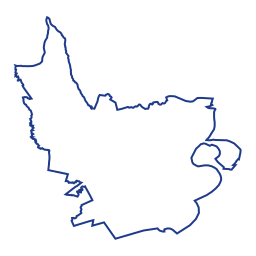 the district of Salsig, Maramures, Romania
{"feature_id": "2599482B27757238737768", "entity_name": "Salsig", "entity_type": "district", "adm_level": 2, "iso_a3": "ROU", "parent_name": "Romania", "parent_adm1": "Maramures", "projection": "equal_earth", "projection_center": [23.276, 47.532], "detail": "fine", "context": "isolated", "style": "outline", "palette": "blue", "viewbox_px": 256, "rotation_deg": 0, "n_neighbors": 0, "source": "geoboundaries", "source_scale": "gbopen_adm2", "svg_char_len": 5609}
<svg xmlns="http://www.w3.org/2000/svg" viewBox="0 0 256 256"><path d="M177.0,233.5L190.0,225.2L196.0,218.9L198.9,213.0L198.7,207.6L196.8,203.4L194.7,200.7L206.9,195.0L211.9,191.7L215.8,188.4L218.9,185.0L220.3,182.2L221.1,180.0L221.1,177.7L220.4,175.2L219.8,173.9L216.6,169.1L214.6,167.7L211.8,166.3L208.3,165.4L205.0,165.3L198.1,166.4L196.3,165.6L193.5,164.0L192.4,162.4L191.4,157.8L196.1,148.7L199.1,146.0L200.7,144.3L203.7,143.4L205.4,143.7L209.8,145.8L211.6,144.8L212.2,144.8L215.6,146.0L216.8,146.6L218.8,149.2L219.6,150.8L219.9,152.0L219.8,154.2L218.9,156.1L215.4,158.8L217.5,161.6L218.8,162.9L223.8,167.2L223.5,168.8L229.2,169.1L230.2,169.6L231.6,169.6L235.3,165.3L234.3,165.4L233.1,165.1L234.8,163.6L236.8,160.6L238.3,158.9L239.0,159.3L240.4,152.6L240.6,149.8L239.5,148.5L234.3,143.5L230.2,141.5L226.8,140.3L215.4,140.0L213.4,139.7L210.0,140.3L206.4,140.1L206.6,139.7L207.4,139.1L209.5,136.6L211.3,133.5L213.7,129.9L214.0,129.4L214.6,126.6L214.7,122.8L214.1,117.6L214.1,112.0L215.0,109.7L215.4,109.4L215.3,108.9L213.8,108.4L209.2,108.2L207.6,107.6L206.7,106.9L209.7,106.3L212.4,105.0L212.1,104.6L211.0,104.3L211.3,102.9L212.1,101.8L212.0,100.9L212.8,98.6L201.5,97.9L197.4,98.0L193.1,101.3L190.6,101.7L185.8,101.0L174.9,96.4L171.8,96.1L169.5,96.1L168.0,96.5L166.2,97.4L167.2,100.4L166.5,100.6L165.0,103.0L164.6,103.3L163.8,103.5L162.4,103.1L161.0,104.5L160.0,104.7L158.3,103.7L158.1,102.5L157.6,102.1L156.5,101.9L153.3,102.5L153.1,102.7L152.9,103.8L152.4,104.4L151.8,104.4L151.1,103.7L150.1,103.9L148.9,105.6L148.8,107.2L148.1,108.7L146.7,108.6L145.3,109.0L143.0,107.6L141.5,106.5L140.3,104.8L139.5,104.5L139.0,104.6L137.2,106.5L136.6,106.6L135.7,106.3L134.4,106.9L133.5,107.7L132.2,107.6L131.2,107.1L129.2,107.7L128.1,107.0L127.7,107.0L121.9,108.8L117.3,109.8L115.5,102.6L110.2,99.5L111.6,97.5L111.1,96.7L109.8,96.0L109.3,94.6L107.8,93.9L107.2,94.3L106.0,94.7L105.5,95.6L105.2,95.7L99.7,95.0L98.9,96.1L98.1,98.4L97.5,101.4L94.4,108.7L92.1,108.4L91.6,108.7L91.1,108.3L91.0,107.9L91.5,107.9L91.8,107.4L91.7,106.7L91.4,106.4L90.8,106.5L90.1,106.4L89.7,105.8L89.2,105.7L88.9,105.2L88.1,105.0L87.4,103.4L85.3,100.5L84.1,97.3L82.7,96.2L82.5,95.5L80.6,92.7L80.7,92.0L80.3,91.2L79.3,89.6L78.7,89.2L77.8,86.8L77.5,84.6L76.2,82.7L75.1,82.3L74.4,81.1L73.5,80.8L73.2,80.3L73.2,79.2L72.1,77.7L72.0,76.2L71.1,74.7L70.9,73.8L71.1,73.3L70.8,71.5L71.0,70.6L70.3,67.2L70.0,65.1L68.7,61.3L68.7,59.6L68.3,58.9L68.1,57.7L68.5,56.1L66.0,52.7L66.2,50.8L65.6,49.7L65.7,47.9L65.1,46.8L65.3,46.0L65.0,45.3L64.8,44.5L64.8,43.5L65.1,42.1L65.3,40.1L65.1,38.7L64.7,38.1L63.5,37.5L63.0,36.3L62.3,35.7L61.9,35.1L62.0,34.9L60.6,32.6L59.4,31.8L58.4,31.4L56.7,29.7L55.0,26.9L53.1,26.0L51.2,24.4L50.6,23.4L49.4,18.9L48.2,17.8L47.1,17.3L46.4,19.4L46.3,20.8L47.1,24.1L48.1,25.4L48.6,27.8L48.6,28.6L48.0,31.7L48.0,33.0L47.2,36.3L47.2,37.5L45.2,40.8L44.5,42.7L43.8,47.3L43.9,48.5L44.7,51.8L44.7,52.9L42.7,56.7L42.3,58.3L42.2,60.9L41.8,61.7L39.8,63.6L34.7,65.5L32.6,66.0L28.8,66.2L22.1,66.1L21.4,65.8L17.2,66.0L15.5,65.5L15.8,66.1L15.4,67.4L15.5,69.2L15.9,69.5L15.5,69.9L15.9,70.4L15.7,71.6L15.4,72.4L16.3,73.4L16.7,73.5L16.2,74.4L16.0,74.5L15.7,74.2L15.4,74.4L15.4,76.0L15.7,75.8L16.2,76.0L16.2,76.3L16.6,76.5L16.9,77.0L17.2,77.1L17.4,76.5L18.0,76.4L18.4,77.2L18.7,79.4L18.6,79.9L17.8,80.2L17.8,80.5L18.8,80.5L20.1,79.7L20.6,79.7L21.7,82.8L23.1,84.4L23.3,85.4L22.6,85.8L23.8,87.9L31.5,98.6L29.4,99.0L28.9,98.4L27.7,98.2L27.2,97.5L26.8,97.2L24.3,97.1L23.9,97.3L22.9,97.5L23.5,99.3L23.5,101.1L24.2,103.4L25.0,104.3L26.1,104.7L26.4,105.7L27.7,107.1L28.6,107.8L29.0,108.5L29.1,109.1L29.3,109.5L30.7,110.5L31.1,111.4L32.0,114.4L31.9,114.8L31.3,115.6L31.6,116.8L31.5,117.6L30.9,118.6L30.2,119.0L30.6,119.5L30.6,120.3L31.1,120.8L31.0,121.2L31.3,121.5L31.3,122.5L30.7,122.8L31.2,123.1L31.2,123.6L30.6,123.8L31.2,124.5L30.1,125.1L30.3,125.5L30.7,125.5L31.0,125.8L32.4,125.8L32.0,126.2L32.1,126.4L32.9,126.3L32.9,126.6L32.5,127.0L33.4,127.8L32.6,128.2L32.7,129.0L32.0,129.7L32.0,129.9L32.6,130.3L31.2,130.6L31.1,131.1L31.6,132.2L31.5,133.2L32.3,134.1L32.8,133.7L33.2,134.0L31.9,134.8L32.1,135.8L31.2,136.6L32.6,137.0L31.5,137.4L31.4,137.7L32.1,138.2L32.5,138.2L33.1,139.0L34.2,139.0L35.3,139.4L34.9,139.8L35.1,140.7L36.0,140.8L36.2,141.4L35.5,142.1L35.5,142.3L36.2,142.6L36.3,143.5L38.2,144.5L38.3,144.7L38.5,145.6L38.9,145.8L38.0,146.8L38.1,147.4L39.3,148.1L39.8,148.2L40.4,148.8L40.8,148.8L41.0,148.4L41.9,148.5L42.4,148.2L43.1,148.9L44.5,149.6L49.0,150.1L49.4,150.8L49.3,151.2L48.9,151.5L49.4,155.6L49.5,158.1L49.0,163.1L49.0,164.0L48.3,170.1L67.9,174.2L65.8,181.1L67.8,181.1L68.6,181.8L68.5,182.4L68.7,182.8L70.4,182.6L71.3,182.8L72.1,182.4L72.7,182.4L73.0,182.6L73.3,183.2L73.9,183.3L74.5,182.3L75.9,182.3L76.2,181.0L76.8,180.7L77.9,181.2L79.1,181.3L80.1,182.3L81.3,182.7L76.7,186.2L75.6,186.7L72.0,189.4L65.6,194.4L67.2,194.9L68.7,194.9L71.8,195.3L72.0,195.0L72.5,195.3L73.3,195.2L77.5,196.6L78.4,195.2L78.6,194.3L77.7,192.6L77.1,191.9L77.1,191.5L77.8,191.3L80.3,192.4L81.0,192.4L81.1,191.8L80.8,191.3L79.2,190.6L79.2,190.1L79.8,189.8L81.7,190.2L82.3,190.1L82.5,189.7L82.3,189.1L81.1,187.9L81.4,187.2L82.5,186.4L84.3,186.9L85.0,186.4L90.1,195.6L92.4,200.2L81.6,205.1L81.7,205.7L80.7,207.2L80.6,207.8L81.3,208.8L81.5,209.5L80.6,211.2L81.3,212.5L81.3,213.1L77.8,215.6L76.7,216.0L76.3,217.5L75.6,218.1L74.7,218.4L73.4,217.9L72.1,218.0L72.3,220.0L71.6,220.8L73.9,225.9L89.7,221.1L93.3,220.2L92.3,225.7L104.0,222.4L115.4,238.7L143.6,230.5L157.6,228.4L158.6,229.7L159.9,230.7L162.6,231.5L164.2,231.5L164.4,231.5L164.3,229.5L164.5,229.3L167.7,228.4L170.0,228.6L171.0,228.9L172.7,229.8L177.0,233.5Z" fill="none" stroke="#1e3a8a" stroke-width="2"/></svg>